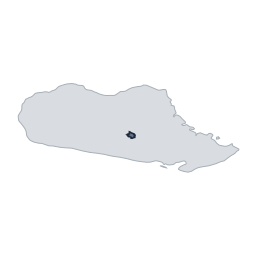 location of Ambohidratrimo, Analamanga, Madagascar, rotated 84°
{"feature_id": "10022922B52736847594449", "entity_name": "Ambohidratrimo", "entity_type": "district", "adm_level": 2, "iso_a3": "MDG", "parent_name": "Madagascar", "parent_adm1": "Analamanga", "projection": "robinson", "projection_center": [47.401, -18.676], "detail": "fine", "context": "in_parent", "style": "filled", "palette": "slate", "viewbox_px": 256, "rotation_deg": 84, "n_neighbors": 0, "source": "geoboundaries", "source_scale": "gbopen_adm2", "svg_char_len": 5043}
<svg xmlns="http://www.w3.org/2000/svg" viewBox="0 0 256 256"><g transform="rotate(84 128 128)"><path d="M165.1,25.7L165.7,27.3L166.5,28.9L168.8,32.8L169.8,34.3L170.7,35.9L171.1,39.1L172.6,44.0L174.0,51.4L174.4,59.0L174.8,62.5L175.9,65.8L177.6,69.2L178.2,72.9L177.1,76.8L175.5,80.5L175.1,81.2L174.3,82.1L174.0,82.1L172.8,81.2L171.7,79.6L170.4,75.9L170.0,74.1L169.4,73.8L167.9,74.0L166.8,75.1L166.6,75.8L166.8,77.9L167.2,79.8L167.4,81.6L167.4,84.0L167.8,84.7L168.4,85.3L169.0,86.9L169.1,90.6L168.8,92.4L167.7,94.0L167.7,94.9L168.1,95.8L167.7,96.4L166.3,97.1L165.7,97.7L164.9,99.3L163.7,102.6L163.5,104.3L164.3,109.5L164.0,113.2L162.4,120.2L161.5,123.5L160.2,127.5L158.2,132.7L156.2,139.3L154.5,146.1L153.2,150.1L151.8,154.1L149.9,161.2L148.3,168.4L145.8,176.3L142.5,185.1L142.1,186.3L141.4,190.8L140.7,194.7L139.8,198.6L137.9,205.0L137.7,206.9L137.3,208.8L135.5,212.8L134.7,214.3L134.2,215.9L133.9,217.9L133.3,219.9L132.0,223.4L130.1,226.5L128.7,227.6L125.8,229.2L124.4,229.6L121.1,229.6L118.0,230.5L114.8,232.3L111.6,234.3L110.4,235.3L109.1,235.9L104.9,236.0L103.7,235.5L99.5,232.2L97.9,231.6L94.9,231.2L93.9,230.9L93.1,230.5L91.8,228.7L89.4,227.2L88.8,226.8L88.4,225.8L88.1,224.7L87.5,223.4L87.0,221.1L86.2,219.5L83.9,216.6L83.7,215.6L83.5,212.6L83.6,210.5L83.3,206.7L83.6,204.9L84.3,203.3L84.0,201.6L83.1,199.7L82.8,197.8L82.2,196.1L79.8,193.0L79.2,191.5L78.8,189.9L77.9,185.0L77.8,183.2L77.9,179.6L78.2,177.7L78.8,176.4L78.9,175.5L79.3,174.6L79.8,174.0L80.2,173.2L81.1,168.5L82.2,167.5L83.9,166.9L85.2,165.7L86.0,164.0L86.7,160.7L88.8,157.3L89.5,155.6L91.2,152.9L92.7,149.1L93.2,147.4L93.5,145.6L93.8,141.6L94.1,139.6L94.1,137.7L93.2,135.7L91.1,132.0L91.0,131.3L91.2,128.6L91.0,126.6L90.2,124.7L89.3,122.9L88.3,119.4L87.8,113.7L87.9,111.7L87.6,109.8L86.9,108.1L87.4,105.1L93.5,94.0L93.7,92.7L93.4,89.4L93.5,87.4L93.8,86.7L94.2,86.3L95.3,86.0L100.3,85.6L100.9,85.2L102.2,84.3L103.9,82.5L104.6,82.0L105.3,82.2L105.8,82.9L106.3,83.4L108.3,82.5L109.1,82.5L109.9,82.7L110.3,81.9L110.5,80.9L110.8,80.2L111.3,79.8L113.9,79.6L115.6,79.3L117.7,78.6L118.2,78.7L119.9,81.2L120.4,81.5L121.1,81.6L121.7,81.1L120.3,79.8L120.1,79.0L120.1,78.2L120.9,76.4L122.1,75.0L124.9,72.9L127.8,70.4L128.7,70.3L129.4,70.7L129.9,73.5L129.9,74.0L130.3,74.1L130.9,73.7L131.4,72.6L131.4,71.6L131.0,70.7L130.8,69.9L130.8,69.2L132.3,67.5L133.4,65.9L133.9,63.9L134.4,63.0L135.6,62.0L136.0,62.2L136.3,63.0L136.4,63.9L136.1,64.7L135.7,65.6L135.5,66.7L136.2,66.9L136.8,66.6L137.8,64.6L138.9,62.7L139.5,61.7L140.3,61.0L141.7,61.1L143.0,61.5L140.8,59.5L140.3,56.7L142.9,51.8L142.9,50.8L143.3,50.5L143.4,50.1L142.1,48.5L141.9,47.7L142.0,46.4L142.7,45.4L143.2,44.6L144.1,44.3L144.7,44.7L146.1,46.1L147.1,46.3L148.2,45.0L149.2,43.4L150.6,42.3L152.2,41.6L154.7,39.0L156.3,33.7L156.4,32.2L156.1,30.3L155.5,28.5L154.5,26.3L154.8,25.8L156.1,26.1L156.6,25.8L158.0,23.8L160.5,20.0L161.3,20.0L161.9,20.7L162.2,21.8L162.7,22.5L164.3,24.3L165.1,25.7ZM148.3,40.6L148.3,41.2L146.5,40.9L146.2,38.9L147.1,38.9L147.3,38.0L147.8,37.9L148.4,39.7L148.3,40.6ZM170.5,97.2L168.9,100.2L169.4,97.7L171.2,94.2L171.7,93.9L170.5,97.2Z" fill="#d9dde1" stroke="#a8b0b8" stroke-width="1"/><path d="M136.6,128.3L136.7,128.2L136.7,127.9L136.8,127.8L136.8,127.7L136.7,127.4L136.8,127.3L136.8,127.2L137.0,127.0L137.1,126.9L137.1,126.7L137.3,126.5L137.3,126.4L137.4,126.2L137.5,126.1L137.5,125.9L137.9,125.8L137.9,125.7L138.0,125.7L138.3,125.2L138.3,125.3L138.5,125.5L138.5,125.3L138.6,125.2L138.7,124.9L138.6,124.7L138.5,124.4L138.4,124.3L138.3,124.2L138.2,124.0L138.2,123.7L138.0,123.1L137.9,123.0L137.8,122.9L138.0,122.8L138.0,122.7L138.1,122.4L138.1,122.2L137.9,122.2L137.9,122.3L137.6,122.2L137.6,122.3L137.5,122.5L137.4,122.6L137.3,122.8L137.3,123.0L137.3,122.9L137.2,122.9L137.1,122.7L136.9,122.5L136.9,122.4L136.8,122.2L136.7,122.1L136.7,121.9L136.4,121.7L136.2,121.8L136.0,122.0L135.9,122.0L135.7,122.1L135.4,122.1L135.2,122.0L135.0,122.4L135.0,122.5L134.9,122.5L134.9,122.4L134.8,122.6L134.7,122.6L134.6,122.8L134.4,122.8L134.4,123.0L134.5,123.1L134.4,123.1L134.2,123.1L134.1,123.4L134.1,123.6L133.9,123.8L133.8,124.0L133.7,124.1L133.6,124.3L133.7,124.5L133.6,124.8L133.5,125.0L133.4,125.2L133.4,125.3L133.5,125.3L133.4,125.3L133.2,125.4L133.2,125.2L133.0,125.3L133.0,125.5L132.9,125.6L132.9,125.8L132.9,126.0L133.0,126.2L133.0,126.3L132.9,126.3L132.8,126.5L132.7,126.4L132.3,126.4L132.2,126.4L132.2,126.6L132.0,126.8L131.9,127.0L132.0,127.0L132.1,126.9L132.2,127.0L132.3,127.1L132.5,127.1L132.8,127.1L133.0,127.1L133.2,127.3L133.3,127.3L133.4,127.5L133.5,127.5L133.8,127.4L133.8,127.5L134.0,127.5L134.0,127.8L133.9,127.8L134.0,127.9L134.1,128.1L134.3,128.1L134.3,128.3L134.4,128.5L134.2,128.5L134.0,128.8L134.1,129.0L134.2,129.3L134.2,129.2L134.3,129.2L134.3,129.3L134.5,129.3L134.8,129.4L134.8,129.5L134.9,129.4L134.9,129.5L135.0,129.4L135.0,129.5L135.2,129.4L135.3,129.4L135.5,129.3L135.6,129.2L135.8,129.0L135.8,128.9L136.0,128.9L136.1,128.7L136.2,128.4L136.2,128.2L136.3,128.2L136.3,128.3L136.5,128.3L136.5,128.2L136.6,128.3L136.6,128.3Z" fill="#64748b" stroke="#1e293b" stroke-width="1.5"/></g></svg>